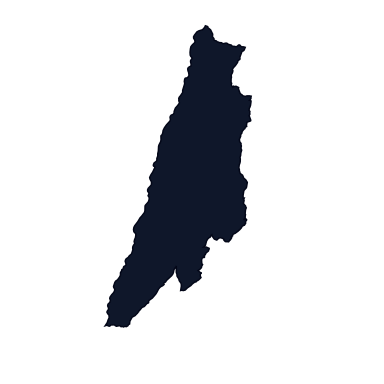 outline of Boavita, Boyacá, Colombia, rotated 24°
{"feature_id": "7082276B25149264338042", "entity_name": "Boavita", "entity_type": "district", "adm_level": 2, "iso_a3": "COL", "parent_name": "Colombia", "parent_adm1": "Boyacá", "projection": "natural_earth1", "projection_center": [-72.616, 6.332], "detail": "fine", "context": "isolated", "style": "filled", "palette": "ink", "viewbox_px": 384, "rotation_deg": 24, "n_neighbors": 0, "source": "geoboundaries", "source_scale": "gbopen_adm2", "svg_char_len": 6029}
<svg xmlns="http://www.w3.org/2000/svg" viewBox="0 0 384 384"><g transform="rotate(24 192 192)"><path d="M239.8,165.2L238.6,160.7L236.1,159.0L233.6,158.3L231.4,156.1L228.7,155.5L227.6,154.6L227.2,153.9L226.5,153.2L226.0,152.0L225.0,151.0L224.1,148.0L224.0,146.3L223.7,144.7L222.7,142.2L221.8,140.9L221.6,138.9L220.7,136.4L220.4,133.8L220.2,133.4L219.0,132.2L218.8,131.7L218.4,129.9L217.5,128.9L217.2,127.9L216.6,127.4L215.2,126.7L213.9,124.8L213.8,121.3L213.1,119.7L213.6,118.1L213.2,116.3L213.9,113.5L214.5,112.6L214.3,111.1L215.3,109.9L214.4,108.5L214.3,107.4L213.7,106.3L214.3,105.4L216.1,103.8L216.6,103.2L216.6,102.9L216.3,102.3L213.1,99.0L213.2,97.2L212.6,96.5L212.1,94.8L210.9,94.2L210.3,92.1L210.4,91.1L210.2,89.0L209.1,85.3L208.8,84.8L208.3,84.5L207.2,84.8L207.8,82.7L207.2,81.1L207.1,80.4L205.4,80.8L203.0,81.9L202.1,82.8L200.5,83.3L199.3,83.4L197.9,82.8L196.6,82.7L195.6,82.1L192.4,78.8L192.1,77.6L189.2,77.5L187.7,78.5L187.0,78.4L186.7,79.7L186.1,79.3L185.3,79.1L184.9,78.5L184.2,78.0L184.0,76.5L183.1,76.0L181.6,72.5L181.5,71.5L180.2,69.0L180.4,66.9L180.3,65.6L179.9,64.4L179.2,63.9L179.0,63.0L179.5,60.9L180.2,58.9L180.9,55.2L180.6,53.2L181.7,51.5L181.7,50.9L180.9,49.4L180.5,43.4L180.7,42.9L181.5,42.2L181.9,41.1L181.8,38.2L180.2,38.4L178.1,39.2L177.2,38.9L175.9,38.3L175.1,38.5L174.6,39.1L174.0,40.7L172.8,41.5L171.1,41.8L170.2,42.3L169.4,42.4L168.2,41.8L165.2,42.3L163.3,41.9L162.4,42.2L160.2,43.8L159.6,43.9L158.3,43.6L156.1,44.4L155.2,44.3L154.1,44.6L152.9,44.1L151.2,44.3L150.7,44.3L150.2,44.0L149.6,42.9L147.6,41.9L146.7,39.4L143.0,36.3L139.7,35.4L139.2,34.6L138.4,34.5L136.6,34.7L136.6,36.4L135.6,39.5L132.7,42.0L131.4,43.7L130.4,47.9L130.3,49.6L131.0,50.9L132.6,52.0L133.6,53.4L133.7,54.4L133.5,55.0L132.5,57.3L131.9,59.6L132.3,61.8L133.4,65.2L134.7,67.7L135.6,68.5L137.1,69.2L137.6,69.8L137.7,70.2L137.3,72.1L137.4,73.0L138.1,74.2L139.1,75.4L139.6,76.5L139.7,77.4L139.6,77.7L138.7,78.7L138.0,79.9L138.0,81.3L139.1,83.0L140.0,83.8L141.4,85.9L141.9,86.9L141.5,89.0L141.1,89.7L139.6,90.7L139.4,91.8L140.0,94.1L140.9,95.4L141.3,96.3L142.1,102.9L143.0,104.8L142.3,108.8L141.8,110.5L141.8,111.7L142.0,112.3L142.6,113.1L142.8,114.0L144.1,115.4L144.3,116.0L143.7,118.9L142.7,122.1L142.9,125.6L143.4,126.8L143.4,128.2L143.1,128.8L141.7,130.3L141.4,131.6L141.5,132.6L142.8,134.6L143.0,135.6L142.9,136.4L141.4,141.0L140.7,144.5L140.6,147.6L141.2,149.7L141.4,151.7L140.9,152.9L140.8,153.4L142.5,157.0L142.9,158.7L142.7,162.5L142.9,163.9L144.6,168.3L145.1,170.8L146.1,173.1L146.2,175.5L147.0,177.3L146.9,178.5L145.6,180.8L145.6,182.5L146.0,183.7L146.5,184.0L147.6,184.0L148.1,184.6L148.0,189.8L147.5,192.8L147.4,195.9L148.3,197.2L150.7,199.1L151.3,200.1L151.8,201.6L151.9,202.4L150.5,206.5L150.6,208.2L151.2,209.3L153.1,210.5L153.4,211.3L153.4,213.3L155.1,214.4L155.6,215.5L156.0,217.0L156.1,218.5L156.0,219.3L154.8,223.1L154.8,223.9L156.6,228.2L156.9,230.0L155.8,234.7L155.1,236.6L154.6,241.0L153.4,246.1L153.3,247.9L153.8,250.0L154.9,251.7L155.7,252.3L157.5,252.9L158.3,254.4L158.9,256.8L158.9,258.7L159.3,260.8L160.6,262.4L160.6,262.8L160.2,264.5L160.2,266.0L160.6,267.4L161.4,268.6L161.7,270.6L161.9,273.0L161.7,273.8L160.7,275.7L160.3,277.8L159.1,279.7L158.9,280.8L159.1,282.4L161.1,284.7L161.3,285.7L161.0,286.6L160.1,287.7L160.0,288.3L160.3,290.2L160.2,290.6L159.5,291.4L159.8,293.4L159.5,294.0L159.5,294.9L160.5,297.1L160.4,299.3L159.7,302.5L158.5,304.5L158.3,306.0L158.7,310.1L159.2,310.9L161.0,312.3L161.4,313.6L161.4,314.9L161.2,316.2L160.4,318.6L159.9,321.4L160.2,322.8L160.5,323.2L161.1,323.4L161.7,324.7L161.8,325.8L161.6,327.0L161.0,328.2L161.0,329.6L161.4,330.5L163.1,332.1L163.4,333.7L163.0,335.5L163.2,336.4L164.6,337.5L166.3,338.3L167.5,340.7L167.4,342.8L167.7,345.8L167.1,349.5L168.6,348.2L169.9,348.4L171.1,348.2L171.6,347.6L172.1,346.4L174.8,345.1L175.4,344.9L176.1,345.3L177.4,345.4L178.0,345.2L178.7,344.4L179.7,344.0L180.5,343.4L182.0,343.9L183.1,343.1L184.2,343.2L185.3,342.1L186.8,341.7L187.8,340.3L187.9,339.0L188.7,337.9L188.3,337.0L187.8,335.1L188.2,330.7L190.3,328.0L190.8,326.4L191.5,324.8L191.5,324.0L192.0,323.0L191.7,322.3L192.4,321.1L193.1,318.4L193.5,317.5L194.8,316.2L195.3,315.1L196.0,312.5L197.3,311.0L197.3,310.6L196.8,309.4L196.8,308.6L198.9,305.0L200.4,300.0L200.7,297.8L200.9,294.4L201.3,292.7L201.9,291.3L203.3,289.6L204.0,288.1L204.1,287.9L203.5,287.5L203.4,286.3L204.4,285.0L204.7,283.1L207.4,276.8L207.8,274.9L207.8,273.3L207.1,270.2L207.7,266.5L208.0,266.5L210.3,271.8L212.0,273.7L212.4,274.8L214.2,276.1L215.0,276.4L216.4,278.2L219.2,279.9L219.6,280.4L220.6,282.4L221.7,286.6L222.6,285.9L224.1,285.6L225.7,284.3L226.8,281.4L229.0,277.9L229.7,275.8L230.1,275.1L230.5,274.2L230.8,273.9L231.0,273.1L232.1,272.7L232.6,271.2L233.2,270.6L233.8,269.6L234.8,267.2L235.0,266.5L233.8,265.5L233.1,263.9L233.1,263.1L233.5,262.5L233.3,262.1L231.8,262.1L229.4,261.3L230.5,259.7L231.3,257.6L231.3,256.7L231.0,255.9L231.2,254.0L230.2,253.5L229.9,253.1L228.5,250.4L228.1,248.6L228.6,247.5L229.8,246.8L229.9,246.2L229.1,245.7L229.1,243.9L229.6,243.9L229.6,242.0L231.0,239.2L231.0,238.8L230.5,237.7L230.9,237.2L230.6,236.5L227.5,236.5L224.9,237.7L225.9,235.1L225.2,230.9L225.5,228.4L226.1,226.9L226.9,226.1L227.2,223.3L227.5,222.9L228.3,224.0L231.5,225.9L233.3,225.9L234.2,225.8L234.8,224.2L235.6,222.9L235.9,222.6L236.9,222.1L239.0,221.9L240.1,222.1L240.6,222.8L240.8,222.7L241.0,223.1L242.4,223.7L243.3,223.6L243.4,223.4L245.7,222.6L246.3,220.1L246.5,220.1L246.8,218.0L246.8,217.7L246.6,217.7L246.1,216.6L246.3,216.2L246.9,215.8L246.7,214.9L246.8,213.7L248.2,212.2L250.1,208.9L250.2,208.2L250.4,208.1L250.8,207.3L251.7,204.6L251.7,203.4L251.9,202.5L252.5,202.0L252.8,201.2L253.4,201.0L253.7,198.7L252.9,197.3L253.3,195.7L253.1,195.0L251.6,194.5L251.2,195.1L250.9,196.0L250.6,195.8L250.8,195.1L250.9,193.4L250.4,192.4L250.1,190.9L249.3,190.1L248.1,186.4L248.0,184.4L247.2,183.8L246.6,183.0L243.6,181.6L243.6,181.0L243.2,179.9L243.2,178.9L242.3,177.6L242.2,176.4L241.4,177.1L240.1,174.5L238.8,169.6L239.9,166.1L239.8,165.2Z" fill="#0f172a" stroke="#020617" stroke-width="1.5"/></g></svg>